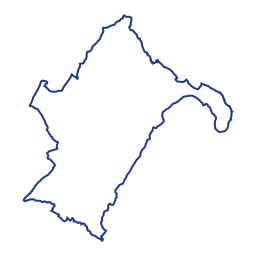 Chocontá, Cundinamarca, Colombia (Mercator projection)
{"feature_id": "7082276B4059288280821", "entity_name": "Chocontá", "entity_type": "district", "adm_level": 2, "iso_a3": "COL", "parent_name": "Colombia", "parent_adm1": "Cundinamarca", "projection": "mercator", "projection_center": [-73.685, 5.113], "detail": "fine", "context": "isolated", "style": "outline", "palette": "blue", "viewbox_px": 256, "rotation_deg": 0, "n_neighbors": 0, "source": "geoboundaries", "source_scale": "gbopen_adm2", "svg_char_len": 5712}
<svg xmlns="http://www.w3.org/2000/svg" viewBox="0 0 256 256"><path d="M104.7,27.9L103.5,27.7L102.9,28.2L102.8,29.3L103.3,30.4L103.3,31.7L100.6,36.8L100.1,38.9L98.2,40.8L96.7,42.7L93.3,45.9L92.5,47.1L92.1,47.3L92.2,48.5L90.9,50.4L89.5,51.5L88.9,51.8L88.4,51.7L88.1,51.9L87.4,51.9L87.0,52.3L86.5,56.4L86.6,57.1L85.8,59.2L84.8,60.4L83.7,62.8L82.1,63.6L79.8,63.8L80.1,65.5L79.7,67.3L78.3,69.5L78.2,70.7L77.7,71.9L77.1,74.9L77.1,75.7L77.6,76.7L77.4,77.4L77.8,78.3L77.5,78.8L76.4,78.0L75.7,77.0L74.0,76.5L71.7,74.6L70.8,76.9L68.7,80.1L64.0,86.5L63.4,87.8L63.0,88.2L62.4,89.7L61.7,90.7L61.3,90.9L59.1,90.8L55.1,91.8L50.8,91.4L49.8,91.0L45.9,86.9L44.4,86.1L45.9,83.8L46.8,83.6L47.0,83.3L47.3,82.4L47.2,81.9L46.1,81.3L42.5,80.7L41.9,80.8L40.9,81.8L39.7,85.6L38.3,88.5L34.8,94.9L33.2,97.2L32.7,99.2L31.2,103.1L29.8,105.4L29.8,105.9L32.3,106.4L35.2,108.4L37.4,109.1L38.0,109.5L40.1,113.0L41.8,115.3L42.6,117.0L43.3,117.8L43.5,118.9L44.9,121.1L45.1,122.4L46.4,124.9L47.3,126.2L47.8,128.0L46.8,129.5L46.7,129.9L47.9,131.3L51.0,136.4L51.4,136.7L52.0,137.0L52.4,137.4L52.4,138.5L55.9,141.5L57.3,141.8L58.0,142.3L56.8,145.7L56.8,147.2L57.2,148.8L49.3,151.3L47.1,153.1L48.1,155.3L48.2,156.0L47.6,157.7L47.9,158.6L49.2,158.9L50.2,159.6L53.9,163.2L54.9,165.1L54.8,165.8L53.0,168.0L52.8,169.5L50.7,172.0L47.6,175.2L44.3,177.0L41.4,179.4L40.5,180.6L37.2,183.5L36.6,184.4L34.9,186.1L34.4,187.7L32.3,190.0L32.2,191.1L31.1,191.7L30.6,192.3L30.5,193.3L29.0,193.9L28.0,195.3L26.7,196.1L25.5,197.8L25.0,198.0L24.3,198.9L23.7,200.2L24.4,201.0L25.3,200.8L26.0,201.0L28.3,200.0L29.6,199.8L30.1,199.3L32.2,199.4L33.2,199.2L34.3,200.0L35.2,200.0L36.0,200.7L37.3,200.8L38.5,200.6L40.6,201.1L41.3,201.6L42.7,202.1L43.6,201.9L43.8,201.6L44.6,201.4L45.4,201.5L45.8,202.0L46.8,202.2L47.7,202.7L49.3,202.1L50.3,202.2L50.9,203.1L51.7,203.8L53.6,204.0L54.7,205.2L54.6,205.9L53.8,206.3L53.4,207.6L52.7,208.2L52.6,208.8L52.8,209.2L52.2,209.8L51.9,210.6L51.4,210.9L59.1,214.9L59.0,215.5L58.4,216.0L58.4,216.4L58.9,216.9L60.7,217.9L61.3,218.5L61.7,219.3L62.8,220.4L64.2,221.2L65.0,221.1L65.9,220.6L66.5,219.8L67.3,219.4L67.4,217.9L70.3,220.6L71.6,219.4L72.2,218.1L72.7,218.1L72.9,218.8L74.0,220.1L73.6,221.4L75.6,221.4L76.8,222.5L78.2,222.9L78.6,222.5L80.5,222.7L81.7,223.7L81.7,224.0L81.4,224.2L81.4,224.3L83.2,223.6L84.1,223.6L85.0,224.5L85.5,225.9L86.4,226.2L86.7,226.6L87.1,227.7L86.9,228.5L87.5,229.0L87.5,230.1L87.8,230.4L88.5,230.6L90.3,231.9L90.4,233.2L91.2,233.6L91.4,234.3L91.8,234.7L95.0,235.9L98.1,238.1L100.8,239.2L102.0,240.6L102.4,240.6L102.6,240.4L102.8,238.8L101.3,236.9L101.1,236.4L103.2,234.7L103.5,233.8L105.1,232.5L105.5,231.4L106.1,230.7L103.6,229.0L103.3,228.6L102.9,227.6L102.0,226.4L101.0,223.0L101.2,222.1L102.2,220.5L101.9,218.7L102.0,217.7L103.3,215.6L103.9,212.8L104.4,211.6L105.6,210.9L107.8,210.2L108.0,209.1L108.4,205.4L109.4,203.8L110.3,204.0L111.7,204.8L112.7,205.1L113.8,203.6L115.3,200.3L115.6,198.6L116.7,197.2L116.4,195.5L116.8,194.2L116.3,193.2L115.4,192.6L115.2,191.9L115.6,189.8L117.1,188.0L118.0,187.1L118.7,185.8L119.5,185.0L121.5,184.0L123.1,183.5L123.3,182.7L124.8,179.5L126.0,177.8L126.9,175.2L129.0,172.7L130.1,171.0L132.2,166.8L135.5,161.9L136.0,160.5L139.7,156.8L140.1,156.0L140.5,155.2L140.4,153.4L142.2,149.7L145.1,146.8L145.8,144.0L146.8,142.0L146.9,140.6L147.1,140.2L147.5,139.9L149.5,139.1L150.0,138.5L149.6,136.5L149.8,134.6L152.5,130.4L153.1,127.8L153.6,127.4L155.2,128.0L156.4,127.9L157.8,126.3L161.1,124.3L163.5,121.8L163.8,121.1L163.7,119.8L162.1,116.2L162.5,113.3L162.9,112.0L165.0,110.6L166.3,109.3L167.8,108.7L170.7,106.3L172.6,104.0L177.0,102.2L183.4,96.8L189.3,95.7L192.1,95.7L192.8,95.9L195.5,97.2L199.9,100.6L200.6,101.7L202.5,103.2L202.8,103.7L202.8,104.7L203.2,105.2L203.9,105.3L206.0,103.8L206.8,104.4L207.6,104.5L208.2,106.3L209.8,107.2L210.3,108.8L211.2,110.3L211.9,113.0L212.1,113.3L213.8,114.3L214.9,116.0L215.9,117.1L216.1,117.6L215.9,118.9L215.6,119.6L215.0,121.4L214.8,123.3L214.8,125.2L215.5,129.1L216.5,129.7L218.1,131.4L218.8,131.8L220.1,132.0L224.5,131.3L225.6,130.4L227.1,128.7L227.6,127.8L228.3,125.3L228.5,122.9L228.9,121.9L230.2,120.0L231.2,119.7L230.7,118.4L231.5,115.9L231.4,113.5L231.6,112.7L232.3,111.6L231.3,111.1L231.2,109.0L230.9,108.5L230.0,107.8L229.9,106.5L229.1,105.8L228.0,105.8L227.5,105.2L226.1,104.3L225.9,103.4L225.3,103.2L225.1,102.1L224.4,100.6L224.5,99.9L223.9,99.8L224.0,98.8L223.6,98.0L223.1,97.8L223.2,96.8L222.8,96.3L222.8,95.6L221.2,94.3L220.4,92.5L219.3,92.7L219.0,92.6L217.4,91.4L216.1,91.2L215.3,90.3L213.2,89.4L211.7,88.4L210.8,88.1L207.9,85.8L207.1,85.7L204.9,85.1L201.5,83.5L201.0,85.6L198.1,89.2L196.7,89.0L195.0,88.4L193.0,87.3L191.3,85.9L189.1,83.6L188.3,83.1L187.7,81.2L186.8,80.0L186.3,79.7L185.3,80.9L184.3,81.5L183.0,81.9L181.9,82.0L177.7,81.6L176.1,80.5L175.4,79.2L175.7,78.7L177.1,78.4L177.2,78.1L175.7,75.4L174.2,74.2L172.5,71.8L169.8,69.5L166.1,67.5L164.5,67.2L163.7,66.7L161.7,64.3L158.6,61.8L158.1,60.3L157.1,60.1L156.7,60.4L157.5,61.2L157.1,62.2L155.9,61.9L155.2,62.6L154.0,63.2L153.5,62.7L152.2,62.0L151.8,62.2L151.8,62.4L150.7,60.8L150.7,60.5L151.1,60.2L151.2,59.8L150.5,59.3L150.6,58.6L150.4,57.6L149.6,56.3L149.1,55.7L148.0,55.4L147.3,54.6L147.2,54.4L147.6,54.0L147.6,53.6L147.1,53.1L146.9,52.6L146.3,52.3L145.4,52.4L145.1,52.0L144.6,51.8L142.3,46.3L141.7,42.5L141.0,41.1L140.1,40.2L139.8,38.6L138.5,38.7L137.8,37.9L137.6,37.1L136.9,35.8L137.0,35.4L136.6,34.4L134.4,32.5L133.7,31.1L131.9,30.1L130.6,30.1L130.0,29.1L129.2,27.0L130.6,25.6L130.9,24.9L130.7,24.5L130.6,23.4L131.3,21.2L131.4,18.5L131.2,17.5L128.6,16.7L126.9,16.9L125.9,16.6L124.0,15.4L123.0,16.9L122.9,18.1L121.1,18.9L119.4,21.0L118.8,21.0L117.4,21.6L116.0,22.6L114.5,24.6L110.7,25.8L107.8,27.4L104.7,27.9Z" fill="none" stroke="#1e3a8a" stroke-width="2"/></svg>